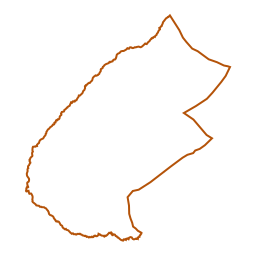 outline of West Ambae, Penama, Vanuatu
{"feature_id": "77236927B38715927177991", "entity_name": "West Ambae", "entity_type": "district", "adm_level": 2, "iso_a3": "VUT", "parent_name": "Vanuatu", "parent_adm1": "Penama", "projection": "equal_earth", "projection_center": [167.719, -15.408], "detail": "fine", "context": "isolated", "style": "outline", "palette": "amber", "viewbox_px": 256, "rotation_deg": 0, "n_neighbors": 0, "source": "geoboundaries", "source_scale": "gbopen_adm2", "svg_char_len": 5677}
<svg xmlns="http://www.w3.org/2000/svg" viewBox="0 0 256 256"><path d="M169.9,15.4L169.0,16.3L168.6,16.9L168.2,17.1L167.8,17.0L167.3,17.6L166.1,18.3L162.9,22.4L162.8,23.3L161.9,25.2L161.8,25.8L161.5,25.8L160.8,26.8L160.5,27.0L160.1,27.6L159.3,27.9L159.4,28.5L160.0,29.1L160.0,29.3L158.9,30.4L158.3,31.4L157.9,32.6L156.9,33.7L156.5,35.0L155.6,35.6L155.1,36.2L154.9,36.8L154.5,36.6L153.8,37.0L153.2,37.8L152.7,37.6L152.3,37.8L152.1,38.3L151.7,38.7L151.4,38.5L149.7,40.6L149.5,41.2L148.3,42.0L146.7,44.1L146.0,44.0L145.8,43.7L145.2,43.5L143.4,45.3L141.9,46.6L140.8,47.2L140.3,47.2L138.7,46.6L136.6,47.0L135.8,47.4L135.0,47.2L133.6,47.9L132.9,48.1L131.9,47.9L131.7,47.6L130.8,47.3L129.9,47.4L129.7,47.5L129.2,48.6L128.3,48.7L127.8,48.5L127.6,48.2L127.1,48.4L126.8,49.0L125.8,49.8L123.8,50.9L123.3,51.0L122.3,51.0L120.9,51.4L120.5,51.8L119.5,53.0L117.9,53.7L116.9,54.6L116.7,55.0L116.3,57.1L116.1,57.3L116.0,58.1L115.5,58.7L115.4,59.2L115.2,59.4L114.7,59.6L113.9,59.6L113.3,60.0L112.5,61.4L111.9,61.4L110.3,62.2L110.0,62.1L110.0,61.9L109.9,61.8L109.1,62.3L108.9,62.9L108.2,63.3L106.0,64.1L104.5,65.1L103.5,66.5L102.9,66.8L102.7,67.3L102.7,67.9L102.0,68.5L100.9,69.1L100.7,69.8L100.8,70.8L100.6,71.4L99.6,72.7L99.3,73.8L99.0,74.1L98.2,74.5L98.1,74.9L97.3,75.2L97.0,75.5L96.5,75.7L95.5,75.4L94.8,76.1L94.3,76.3L93.1,77.5L92.8,78.0L92.3,80.0L92.0,80.6L90.4,82.1L90.0,82.8L89.4,83.0L88.9,82.9L88.3,83.5L87.8,83.6L86.3,85.4L86.2,85.5L86.0,85.1L85.9,85.1L85.7,85.6L85.2,85.8L84.9,86.6L85.1,88.1L84.3,90.1L83.3,90.9L82.4,93.2L79.8,95.6L78.8,95.5L78.5,96.8L77.3,98.5L76.5,100.2L76.1,100.2L75.3,100.9L75.1,100.6L74.7,100.7L74.5,101.6L73.7,101.6L73.0,101.3L72.7,101.6L72.0,102.9L71.8,103.0L71.5,103.0L71.3,102.3L71.1,102.2L70.9,102.5L70.8,103.3L70.2,104.2L69.7,105.7L68.0,106.7L67.6,107.0L67.4,107.6L66.9,107.7L66.4,108.3L65.4,109.3L64.4,109.9L64.2,110.9L63.9,111.5L61.8,112.0L61.6,112.8L61.1,113.2L61.0,113.5L61.4,114.6L61.3,115.0L60.4,115.7L60.0,116.2L59.7,116.7L59.6,118.0L59.2,118.9L58.6,119.4L58.2,119.2L57.7,119.3L57.2,120.3L56.4,120.1L56.0,120.5L55.5,122.5L55.1,122.6L54.6,122.5L54.3,122.8L54.3,124.0L54.2,124.3L53.5,124.7L52.9,124.6L52.0,126.0L50.6,127.0L50.1,127.3L49.2,128.6L47.9,129.5L47.1,130.9L46.4,131.9L46.3,133.1L46.1,133.5L45.7,133.8L45.6,134.8L45.3,135.4L44.2,136.6L43.6,137.7L43.2,138.4L40.9,139.5L40.0,140.3L39.5,141.1L38.9,143.1L38.3,143.4L37.0,144.8L36.9,145.3L37.1,146.1L36.9,146.2L36.2,146.0L35.8,146.2L35.4,146.7L35.1,146.7L34.4,146.5L33.6,146.8L33.0,146.8L32.9,147.0L32.6,147.8L32.4,150.2L32.5,150.6L32.9,151.5L32.8,151.8L32.3,152.2L32.1,153.0L32.1,153.9L32.4,155.6L32.2,156.3L31.8,156.5L30.5,157.8L30.0,159.3L29.8,159.3L29.5,159.6L29.5,159.8L29.8,160.4L29.5,160.9L29.6,161.3L29.8,161.8L30.3,162.2L30.4,162.8L30.0,163.2L29.8,163.7L29.5,164.0L29.0,165.3L28.4,165.7L28.0,166.7L28.0,167.5L28.3,168.1L27.8,168.6L27.5,169.3L27.6,171.2L26.8,173.6L26.9,175.0L27.1,175.8L27.4,176.4L28.9,178.5L29.0,178.8L29.1,180.0L28.9,181.0L28.7,181.6L27.6,182.3L27.3,182.6L27.2,183.3L27.5,185.6L28.0,186.3L28.2,187.1L27.8,187.4L27.2,187.1L26.8,187.2L26.3,188.7L26.3,190.1L26.0,190.8L26.2,191.3L26.8,191.5L27.4,191.2L27.8,190.8L28.5,190.8L28.5,191.1L28.9,192.1L29.0,193.0L29.4,193.8L29.8,193.8L30.4,193.5L31.1,193.5L31.6,194.2L32.5,196.1L32.6,196.8L32.6,197.9L32.3,199.6L32.6,200.3L32.4,201.4L32.8,202.1L35.7,204.4L36.3,205.4L39.0,205.8L39.9,206.8L41.0,206.7L41.4,207.1L44.2,207.3L45.2,208.1L45.9,208.3L46.2,208.6L46.7,209.3L47.4,210.2L48.0,210.7L48.2,211.5L48.7,212.1L48.9,213.4L49.1,214.0L50.2,215.1L51.4,215.4L53.1,216.5L53.7,217.5L53.8,218.1L54.5,218.9L54.6,219.3L55.3,219.8L55.4,220.4L56.1,221.4L56.5,221.5L57.0,221.2L57.7,221.7L58.2,221.5L58.7,221.7L59.2,222.2L60.7,225.0L61.6,225.4L62.2,225.9L62.5,227.1L63.4,228.2L63.7,228.3L64.9,229.3L65.2,229.3L65.9,228.9L66.5,229.8L68.4,230.4L69.2,231.4L69.7,231.8L70.3,232.6L70.9,233.0L71.8,233.8L72.9,233.3L73.2,233.5L73.7,234.2L74.5,234.2L75.2,234.1L75.8,234.5L76.6,234.5L77.2,233.9L78.5,233.9L79.3,234.1L79.9,233.7L80.6,234.1L81.1,234.6L81.8,234.7L82.5,235.4L83.9,235.6L84.4,236.0L85.0,236.1L85.4,235.8L85.8,235.9L86.7,236.9L87.6,236.6L88.9,237.5L89.8,236.9L90.9,237.3L91.4,237.1L91.9,236.6L92.2,236.7L92.8,237.2L93.2,237.1L93.4,237.0L94.2,235.8L94.4,235.7L95.0,236.0L95.5,235.7L96.2,236.2L96.9,236.2L97.6,235.8L98.2,235.2L98.5,233.9L99.4,234.6L99.8,234.3L100.8,235.2L101.3,235.3L101.7,235.6L103.6,235.8L104.1,236.5L104.4,236.6L104.8,236.0L105.0,236.2L105.5,236.0L106.0,235.9L106.3,235.3L106.8,235.3L107.2,235.0L109.1,232.8L110.3,233.2L110.5,232.6L111.2,232.4L111.8,233.1L111.9,233.4L111.7,234.3L112.4,235.2L112.8,235.2L113.6,234.3L114.8,234.6L115.1,234.9L115.5,235.8L115.8,236.1L116.6,236.2L117.4,237.3L117.8,237.6L118.2,237.5L119.6,238.8L120.8,239.8L122.2,240.4L122.4,240.3L123.1,240.6L123.4,240.3L123.6,239.5L123.9,239.3L125.2,239.7L125.4,239.3L126.0,239.8L126.4,238.9L127.0,238.5L127.5,238.4L128.0,239.0L128.6,239.3L128.7,239.1L128.8,238.1L129.0,237.8L130.4,237.1L131.7,237.4L132.7,238.9L133.9,239.4L134.8,239.1L135.6,238.7L136.2,239.0L136.6,239.0L137.0,238.4L137.2,238.2L137.9,238.8L138.0,238.4L138.0,237.8L138.1,237.4L138.4,237.1L138.7,237.0L139.5,236.9L139.6,235.7L139.8,235.4L140.3,235.2L140.7,234.2L141.2,233.9L141.4,233.4L141.5,232.8L137.9,230.8L135.6,228.4L133.1,226.6L132.2,222.8L130.5,218.4L129.2,213.8L129.0,205.6L127.6,197.2L132.8,191.0L138.7,189.7L150.4,182.2L170.9,166.4L182.6,157.7L187.4,154.8L193.2,153.1L195.2,150.5L199.7,148.9L204.9,145.2L212.0,138.3L206.6,135.0L193.4,119.5L183.9,113.0L196.0,106.0L206.9,98.8L212.5,92.7L221.3,81.9L225.7,75.9L230.0,67.0L227.9,66.3L223.9,65.5L217.0,62.2L208.7,59.3L197.7,51.2L192.2,48.6L186.3,41.9L182.9,37.6L179.3,30.1L169.9,15.4Z" fill="none" stroke="#b45309" stroke-width="2"/></svg>